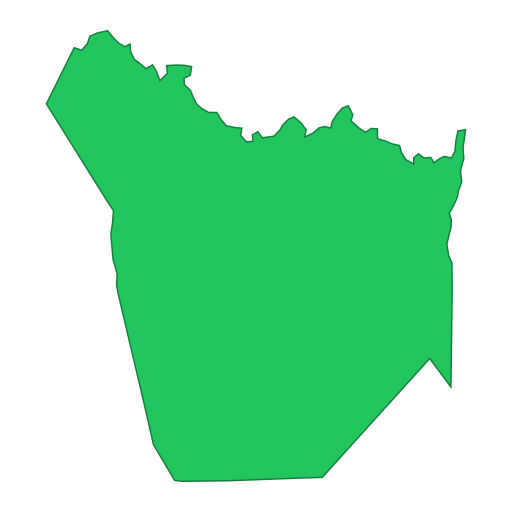 Nossa Senhora Aparecida, Sergipe, Brazil (Albers equal-area conic projection)
{"feature_id": "56859067B5954289975540", "entity_name": "Nossa Senhora Aparecida", "entity_type": "district", "adm_level": 2, "iso_a3": "BRA", "parent_name": "Brazil", "parent_adm1": "Sergipe", "projection": "albers", "projection_center": [-37.498, -10.352], "detail": "fine", "context": "isolated", "style": "filled", "palette": "green", "viewbox_px": 512, "rotation_deg": 0, "n_neighbors": 0, "source": "geoboundaries", "source_scale": "gbopen_adm2", "svg_char_len": 1550}
<svg xmlns="http://www.w3.org/2000/svg" viewBox="0 0 512 512"><path d="M117.9,292.6L143.4,400.7L153.5,444.7L174.7,480.5L182.6,481.3L229.2,480.7L285.3,478.6L302.0,478.0L322.2,477.4L429.7,358.5L450.9,387.0L452.2,288.2L451.9,262.9L448.8,255.9L446.8,244.3L449.1,234.6L451.3,225.8L451.3,219.9L449.3,213.2L453.1,206.4L457.3,197.5L458.5,190.7L461.7,182.0L460.5,170.5L463.8,158.4L463.0,148.1L465.6,129.6L457.9,131.1L455.7,142.1L455.1,150.7L451.5,158.0L444.3,156.4L439.0,158.9L434.0,162.8L430.8,157.4L423.9,158.0L418.5,153.8L413.8,157.7L413.7,164.0L405.9,159.7L401.7,153.3L399.5,145.5L392.0,143.9L385.6,141.0L377.5,138.8L377.4,128.8L371.1,128.5L365.7,132.3L359.1,128.2L351.0,120.8L352.8,114.8L348.2,105.8L342.4,108.0L336.8,114.4L332.4,121.2L330.7,128.2L325.0,126.5L319.1,127.9L313.1,133.0L304.6,137.2L306.2,129.8L301.2,123.0L293.9,116.9L288.5,119.2L283.1,124.7L279.9,130.0L274.0,136.2L262.3,137.8L257.9,131.7L252.3,134.9L253.1,141.3L246.6,141.9L240.6,135.5L241.8,128.2L234.8,127.5L226.1,125.7L220.3,118.5L216.8,112.5L208.6,112.4L201.7,108.5L196.9,104.4L193.9,98.9L190.4,90.3L184.4,84.9L184.0,78.2L190.3,75.2L191.6,66.6L184.1,65.3L176.4,65.1L166.7,65.6L167.3,73.3L160.0,80.7L156.3,71.2L152.5,64.9L145.9,68.6L140.1,63.7L134.2,59.3L130.6,51.8L130.0,44.1L124.7,46.7L118.5,43.0L113.1,37.5L107.6,30.7L97.3,33.0L89.9,36.2L87.5,43.5L81.8,50.3L74.2,47.7L46.4,103.8L91.3,175.7L106.7,200.4L113.5,210.6L112.5,223.4L110.9,234.0L111.9,246.3L112.5,253.5L113.1,259.8L115.3,267.1L117.2,274.5L116.6,284.7L117.9,292.6Z" fill="#22c55e" stroke="#15803d" stroke-width="1.5"/></svg>